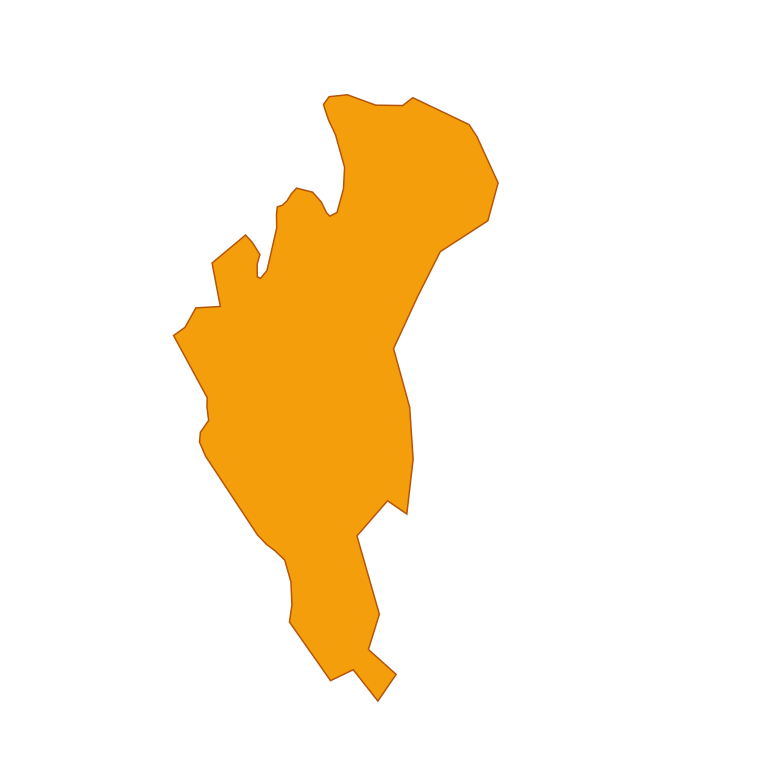 SVG path tracing the border of Ozolnieku, rotated 244°
{"feature_id": "LVA-5737", "entity_name": "Ozolnieku", "entity_type": "Municipality", "adm_level": 1, "iso_a3": "LVA", "parent_name": "Latvia", "parent_adm1": "", "projection": "equal_earth", "projection_center": [23.952, 56.624], "detail": "fine", "context": "isolated", "style": "filled", "palette": "amber", "viewbox_px": 768, "rotation_deg": 244, "n_neighbors": 0, "source": "natural_earth", "source_scale": "10m", "svg_char_len": 975}
<svg xmlns="http://www.w3.org/2000/svg" viewBox="0 0 768 768"><g transform="rotate(244 384 384)"><path d="M519.8,216.1L522.2,230.1L534.9,248.3L525.4,270.9L568.1,282.5L578.6,324.9L568.9,327.7L554.7,329.2L547.3,322.5L535.9,317.1L533.1,319.4L537.3,328.6L571.3,356.0L583.8,361.8L590.0,365.8L589.2,371.1L591.2,377.2L595.4,383.8L598.4,391.2L587.7,403.9L575.1,407.4L563.2,407.4L558.6,408.9L558.7,416.9L577.1,433.1L596.1,443.6L629.4,449.7L645.8,449.9L661.7,452.1L666.3,460.6L660.0,477.9L638.3,498.7L626.1,522.8L628.7,535.4L579.8,574.2L565.4,576.0L547.4,575.5L514.7,574.7L485.2,548.9L478.3,492.6L448.4,453.2L411.6,408.1L351.9,396.9L303.6,377.2L257.1,347.5L277.5,336.0L259.3,293.1L179.1,278.9L152.2,253.6L117.7,267.6L101.7,239.5L140.7,231.1L140.8,205.9L211.5,194.7L225.8,204.4L246.9,213.6L269.2,217.6L282.0,212.9L291.0,208.2L303.9,204.1L397.2,192.0L412.6,192.7L421.1,197.8L428.1,210.4L441.2,214.9L449.2,219.1L519.8,216.1Z" fill="#f59e0b" stroke="#b45309" stroke-width="1.5"/></g></svg>